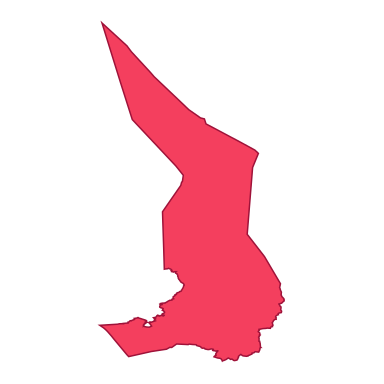 the district of Hamar nor, Hedmark, Norway
{"feature_id": "86288312B93894082847731", "entity_name": "Hamar nor", "entity_type": "district", "adm_level": 2, "iso_a3": "NOR", "parent_name": "Norway", "parent_adm1": "Hedmark", "projection": "equal_earth", "projection_center": [11.19, 61.003], "detail": "fine", "context": "isolated", "style": "filled", "palette": "rose", "viewbox_px": 384, "rotation_deg": 0, "n_neighbors": 0, "source": "geoboundaries", "source_scale": "gbopen_adm2", "svg_char_len": 5944}
<svg xmlns="http://www.w3.org/2000/svg" viewBox="0 0 384 384"><path d="M258.4,153.4L254.9,150.1L240.8,142.4L206.0,123.9L204.4,118.9L200.5,117.9L188.8,109.7L179.6,100.9L154.1,76.7L150.5,72.5L131.4,51.8L128.0,47.3L127.1,46.0L102.0,23.0L120.3,81.9L132.3,119.6L175.9,166.0L182.2,173.9L183.3,175.3L182.4,181.5L181.6,182.2L180.8,185.4L162.5,211.8L163.8,251.8L164.3,269.2L165.2,269.0L167.4,268.8L168.6,268.3L169.8,268.9L170.5,269.0L171.6,269.8L171.9,270.6L171.2,270.8L171.6,271.3L171.6,271.6L172.0,271.6L173.5,272.1L174.2,271.8L175.2,271.7L175.6,271.7L175.3,271.9L175.4,272.3L175.6,272.7L175.6,273.1L176.0,273.3L176.9,273.6L177.0,274.0L177.1,274.5L177.7,275.0L177.8,275.9L177.7,276.3L178.2,277.1L178.2,277.5L178.2,278.1L178.6,278.6L178.6,278.9L178.8,279.3L179.4,279.8L179.8,280.7L180.6,281.4L180.8,281.8L180.9,282.0L181.0,282.2L183.1,283.3L183.5,283.8L183.7,284.2L184.0,284.3L184.1,284.6L184.2,285.2L184.1,285.5L183.7,285.7L183.5,286.1L183.5,286.8L183.3,287.3L181.7,290.1L181.4,290.3L181.4,290.7L181.3,290.9L181.1,291.1L180.9,291.3L179.6,291.6L179.2,292.1L178.7,292.4L177.5,292.7L176.6,293.2L176.4,293.5L176.6,293.9L176.6,294.1L176.1,294.6L175.1,294.7L174.9,294.8L174.8,295.1L175.0,295.5L174.7,295.9L174.5,296.0L173.6,296.4L173.2,296.7L173.1,297.6L173.2,298.0L173.3,298.4L173.7,298.6L173.7,298.8L172.6,298.9L172.3,299.1L172.1,299.4L171.9,299.4L171.9,300.1L170.3,300.3L170.0,300.2L167.8,301.3L167.3,301.8L166.6,302.0L166.4,302.2L165.9,302.4L166.0,302.4L165.8,302.6L165.1,302.8L165.1,303.0L164.6,303.1L163.3,303.1L162.9,303.2L162.4,303.1L161.5,303.3L162.1,303.5L161.2,303.6L161.4,303.7L162.1,304.6L161.0,304.9L160.6,304.5L160.1,304.7L160.2,304.8L160.2,305.3L159.7,306.5L159.7,306.9L159.8,307.2L160.6,307.7L160.9,307.6L161.2,307.9L161.7,308.0L163.1,308.5L162.9,309.2L162.4,310.2L162.9,310.2L163.1,310.3L162.9,310.5L163.0,310.6L164.2,311.5L164.5,311.8L164.6,312.1L164.6,312.4L164.4,312.8L162.1,314.0L161.9,314.6L162.1,314.7L162.6,314.9L164.2,315.3L164.1,315.5L163.2,316.0L161.7,315.4L160.4,315.6L160.1,315.9L159.5,316.1L159.0,315.8L159.1,315.7L158.7,315.4L158.4,315.5L158.6,315.7L158.2,315.8L158.1,315.6L157.6,315.2L156.9,315.7L156.5,316.4L156.0,317.0L155.1,317.4L153.5,317.7L153.8,318.0L154.2,318.0L154.2,318.6L154.6,318.8L155.1,318.5L155.6,318.9L154.2,320.3L154.3,320.6L155.0,320.9L151.2,322.2L150.0,321.9L149.6,322.1L150.2,322.5L149.4,322.7L149.1,322.9L149.7,323.6L150.2,324.1L150.4,324.3L151.6,326.1L150.9,326.5L150.5,326.6L149.3,327.2L146.6,327.0L144.3,326.5L143.8,326.1L143.6,326.2L143.8,325.6L143.4,325.6L143.5,324.8L143.8,324.5L145.4,323.5L144.9,323.2L145.9,322.5L145.8,322.4L146.6,322.4L146.5,322.6L146.6,322.4L147.2,322.3L146.8,322.0L146.5,321.6L145.7,320.8L146.2,320.5L145.7,320.2L143.9,319.6L141.9,319.0L140.8,318.6L139.2,318.2L138.0,317.5L137.7,317.6L137.1,318.0L134.4,318.4L134.6,318.6L134.6,319.0L134.6,319.4L132.6,320.1L131.6,320.6L131.4,320.6L131.3,320.8L130.2,320.7L128.9,321.9L128.4,322.2L128.0,322.2L128.1,323.0L123.3,323.4L123.4,323.7L121.0,323.7L119.3,323.8L117.6,324.2L115.9,324.3L99.8,325.3L103.5,327.8L105.8,329.8L107.5,331.5L111.6,336.2L113.5,338.6L126.9,354.7L128.7,356.6L151.4,351.5L166.5,349.2L169.9,347.3L171.0,347.5L171.8,347.4L176.6,344.0L188.3,344.6L188.5,344.4L189.2,344.1L192.5,344.5L196.1,344.7L196.5,345.0L196.6,345.5L196.8,345.6L200.1,346.5L201.0,347.1L201.1,347.5L201.5,347.8L202.3,348.2L203.8,348.1L204.5,348.3L204.9,348.7L205.0,349.0L208.1,349.6L209.2,349.5L210.8,349.0L211.4,348.9L213.3,349.3L213.4,349.6L212.9,349.9L212.6,350.2L212.7,350.4L213.2,350.6L215.2,350.9L215.6,351.1L216.2,351.1L217.2,350.7L217.8,350.8L217.7,351.3L217.4,351.6L217.0,351.8L216.9,352.0L216.2,353.1L215.6,354.2L216.1,355.1L216.0,355.3L215.2,355.7L214.4,356.2L214.0,356.8L217.6,358.0L219.9,358.3L220.9,358.7L221.1,359.0L221.4,359.3L221.9,360.0L222.3,361.0L222.5,360.8L223.8,360.5L225.7,359.7L227.0,358.9L227.4,358.5L228.1,358.1L228.4,358.0L228.8,358.1L229.0,358.4L229.8,358.8L230.5,359.4L230.9,359.4L231.6,359.1L232.2,359.2L232.8,359.6L233.4,360.3L233.7,360.4L234.5,360.6L236.1,360.3L236.7,360.1L237.2,359.9L237.8,358.8L238.0,358.1L238.2,357.9L238.2,357.6L238.4,357.3L238.5,357.2L238.4,356.8L238.5,356.3L240.3,354.8L240.5,354.5L240.9,354.4L242.4,355.6L243.2,355.9L246.7,356.3L248.2,355.9L248.2,355.6L248.7,355.4L249.4,355.2L252.0,354.0L252.1,353.5L252.0,353.2L253.9,352.8L254.9,351.9L255.1,351.7L258.7,352.1L259.9,349.6L259.8,349.3L259.9,348.5L260.2,348.1L260.2,347.7L260.5,347.4L260.8,347.4L260.6,347.2L260.4,346.3L260.3,344.6L260.1,343.9L260.2,343.2L259.8,342.4L259.7,341.3L259.0,341.2L259.1,338.2L258.9,338.1L258.9,337.7L258.6,337.2L258.7,336.9L259.4,336.3L259.3,335.9L259.3,335.6L259.9,335.3L260.2,335.0L259.6,334.6L259.5,334.4L259.9,333.8L259.6,332.7L258.3,331.8L258.2,331.5L258.5,331.1L258.8,330.7L259.2,330.4L259.4,330.0L258.8,329.5L258.3,329.4L260.0,329.2L262.8,328.6L265.9,328.4L267.2,328.1L270.4,328.3L270.6,327.4L270.9,327.0L272.5,326.6L272.5,326.3L272.3,325.8L272.4,325.6L273.0,325.2L272.9,324.8L272.7,324.6L272.6,323.9L272.2,322.7L272.9,321.9L273.5,320.6L274.0,320.2L274.4,319.7L275.3,319.3L276.1,319.3L276.0,318.9L276.1,318.5L276.2,317.7L275.6,317.1L275.6,316.8L275.7,316.5L276.1,315.9L277.3,315.0L278.4,314.7L278.1,313.8L278.2,313.6L279.2,313.0L281.3,312.6L281.5,312.0L281.6,311.4L281.6,311.2L281.5,310.9L281.1,310.6L280.7,309.3L280.8,309.1L281.0,308.1L280.9,307.9L281.0,307.7L281.0,307.0L280.8,306.7L280.7,306.5L280.2,306.3L280.0,306.0L279.9,305.8L279.8,305.2L279.2,304.6L279.0,304.3L278.9,304.0L280.4,303.5L281.7,303.2L282.0,302.8L282.5,302.3L283.4,301.5L284.1,301.0L284.2,300.6L283.8,299.8L283.9,299.5L284.1,299.3L283.9,299.0L283.8,298.6L281.8,296.5L281.6,295.8L281.3,295.5L281.3,295.1L281.1,294.6L281.3,294.1L281.3,293.8L281.2,293.2L281.4,292.5L281.4,292.1L280.8,291.0L280.6,290.3L280.2,289.4L280.2,289.0L279.6,287.4L279.9,286.7L279.9,286.4L279.9,286.2L279.9,285.8L280.2,285.2L280.1,284.8L280.5,283.9L280.4,283.6L264.5,256.6L247.2,234.3L252.6,167.5L258.4,153.4Z" fill="#f43f5e" stroke="#9f1239" stroke-width="1.5"/></svg>